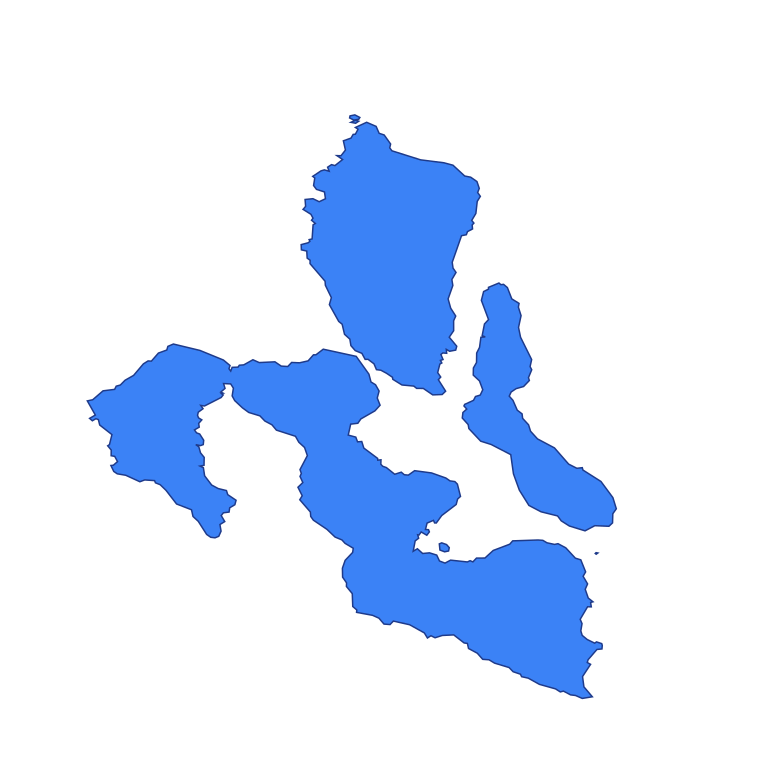 the district of Flores Timur, Nusa Tenggara Timur, Indonesia, rotated 285°
{"feature_id": "22746128B68993103553012", "entity_name": "Flores Timur", "entity_type": "district", "adm_level": 2, "iso_a3": "IDN", "parent_name": "Indonesia", "parent_adm1": "Nusa Tenggara Timur", "projection": "equal_earth", "projection_center": [122.946, -8.35], "detail": "fine", "context": "isolated", "style": "filled", "palette": "blue", "viewbox_px": 768, "rotation_deg": 285, "n_neighbors": 0, "source": "geoboundaries", "source_scale": "gbopen_adm2", "svg_char_len": 6177}
<svg xmlns="http://www.w3.org/2000/svg" viewBox="0 0 768 768"><g transform="rotate(285 384 384)"><path d="M135.8,666.2L143.2,655.5L152.8,651.5L166.7,656.1L167.6,652.4L170.5,652.5L182.7,658.4L184.5,663.1L188.0,662.5L189.6,661.5L189.9,656.0L188.2,654.6L189.8,646.4L192.5,640.5L196.5,638.0L203.8,637.3L207.5,634.4L221.5,638.3L222.4,641.9L226.5,640.1L227.7,642.2L230.1,636.7L237.8,631.5L243.6,632.4L249.8,626.1L254.7,627.4L265.1,619.6L265.3,613.9L272.8,602.0L274.8,593.4L273.2,590.3L272.8,582.5L274.1,577.9L273.2,573.2L265.8,548.9L261.8,546.9L251.5,532.6L242.0,526.5L239.8,518.4L235.2,515.9L235.6,512.9L233.7,510.6L231.1,493.9L226.8,489.3L227.4,483.4L232.4,479.2L232.7,471.7L230.3,465.2L233.5,458.9L230.0,455.5L240.5,454.7L244.0,457.4L247.1,455.5L247.2,456.9L250.7,458.2L249.0,464.5L252.9,466.1L254.8,464.7L254.2,461.7L260.8,461.6L265.1,467.1L262.9,468.8L263.3,470.5L271.9,473.8L286.3,484.9L292.0,484.9L295.2,487.0L306.3,480.8L308.1,477.7L307.5,472.8L309.2,468.1L310.4,453.0L308.2,436.0L302.3,431.1L301.6,427.1L303.3,423.5L299.6,417.7L303.9,407.9L304.2,404.0L305.7,401.7L310.0,400.7L308.8,397.7L310.5,397.1L316.9,381.1L322.7,377.4L321.3,373.4L325.4,370.5L325.4,362.7L336.6,362.2L339.3,368.9L344.3,370.7L355.7,382.2L362.5,385.7L368.7,381.1L375.9,381.1L381.1,376.0L382.6,370.9L389.6,366.9L403.5,350.0L401.9,316.3L394.6,310.7L393.9,308.3L386.7,304.7L382.6,296.9L380.9,289.2L376.0,286.5L374.7,280.1L377.2,272.9L372.4,257.9L373.5,251.1L366.2,243.6L364.7,239.4L362.5,238.6L360.8,233.0L356.8,232.6L358.6,230.3L362.0,230.5L365.6,222.7L368.8,197.5L368.1,170.2L364.4,165.5L360.6,165.4L355.5,158.1L345.9,153.4L345.2,150.1L341.2,146.4L327.5,139.9L320.6,132.9L314.8,129.6L312.6,125.9L309.1,125.2L304.7,114.4L293.4,106.7L290.9,101.8L279.3,113.2L274.6,108.5L273.0,111.8L275.9,114.7L275.7,117.3L270.8,120.0L264.7,134.3L254.4,134.5L252.8,133.1L249.6,137.6L244.1,139.0L244.4,142.6L240.1,146.7L235.5,143.6L234.6,141.3L229.6,145.6L228.2,149.6L229.0,158.2L226.4,173.5L229.4,177.7L231.3,187.4L229.4,188.8L228.8,193.9L224.9,200.9L214.4,214.7L212.7,230.6L206.6,233.8L203.3,240.1L192.8,251.6L191.1,256.3L191.7,260.6L194.1,263.8L199.7,264.7L205.8,261.9L209.9,265.8L214.8,260.8L218.0,262.2L220.2,267.5L224.5,267.0L228.8,271.2L233.4,271.2L236.7,261.7L240.3,259.4L240.1,250.9L241.8,243.7L248.9,234.5L256.4,231.2L257.1,227.5L258.9,231.2L266.6,229.3L270.0,224.6L275.4,221.4L276.7,217.9L277.0,222.7L278.7,225.1L283.0,224.4L288.0,218.9L288.3,215.6L290.6,212.8L294.5,216.7L298.0,215.2L302.2,217.3L303.3,213.6L305.5,212.0L308.7,211.9L313.3,215.6L315.9,212.5L316.3,216.3L328.8,230.2L331.8,231.5L332.6,229.5L333.5,231.0L333.9,228.4L338.6,231.6L342.9,228.9L344.4,235.9L341.0,239.6L333.2,240.4L329.3,244.1L324.3,253.5L321.5,260.7L321.1,272.4L317.4,278.5L315.6,286.3L311.6,292.0L310.6,312.0L305.7,316.8L302.1,323.7L295.0,328.5L279.6,325.0L276.2,327.3L273.0,326.8L267.8,331.1L262.0,327.6L254.9,333.9L250.4,332.6L241.3,346.0L237.1,347.5L234.2,351.0L228.8,366.6L223.5,376.3L222.5,383.7L220.0,387.6L217.4,396.8L213.2,397.3L203.6,392.1L195.3,391.5L186.7,394.0L182.2,399.3L178.7,400.1L173.3,407.6L161.0,411.4L158.7,416.2L156.3,416.6L157.6,432.8L156.5,439.7L152.1,446.1L153.2,452.1L157.4,454.4L158.1,471.0L154.0,487.4L149.9,491.7L153.0,494.5L152.1,499.0L156.2,505.4L159.7,516.3L154.6,528.4L155.0,531.7L150.4,534.1L148.1,543.8L143.6,550.6L144.8,556.8L143.0,563.0L142.5,578.2L139.5,583.2L139.0,590.9L136.9,592.7L137.2,599.4L134.1,611.8L133.9,628.6L132.2,634.0L133.8,636.8L132.0,644.7L132.7,649.6L131.6,656.9L135.8,666.2ZM544.6,267.4L541.8,260.0L535.3,262.3L531.7,260.6L529.0,269.5L525.8,272.5L523.4,271.6L521.3,276.1L519.4,274.3L505.5,277.0L504.1,274.3L502.6,275.5L500.8,274.2L497.2,267.9L492.2,269.5L492.4,275.0L485.7,277.2L484.4,280.6L481.1,281.4L468.0,300.5L464.2,301.8L453.8,310.8L446.5,310.7L432.7,324.1L430.9,328.1L421.8,333.0L418.5,339.4L412.5,342.1L408.8,347.6L407.9,354.7L402.9,359.4L403.7,362.2L400.9,369.1L395.9,373.0L396.5,377.4L395.0,383.7L392.7,390.4L390.8,391.3L387.7,401.6L389.7,413.3L388.2,416.7L389.9,423.1L386.1,433.9L388.9,442.9L393.0,445.4L402.2,435.4L405.4,437.0L408.9,432.9L417.7,432.8L419.3,434.4L421.4,432.4L422.9,434.7L427.3,431.3L429.2,432.8L429.9,436.6L433.6,435.2L432.6,438.9L435.3,444.5L439.3,444.5L446.1,434.9L453.5,437.5L463.1,434.9L468.2,435.7L474.5,428.8L482.8,423.9L497.0,425.0L502.5,422.5L510.4,424.7L513.8,420.7L519.2,418.4L547.3,420.5L549.5,424.9L552.8,425.2L556.7,429.4L560.4,428.0L562.7,429.2L564.7,426.4L572.5,428.6L584.5,426.8L590.2,428.5L593.2,424.9L597.6,425.4L603.6,421.4L606.2,414.2L605.8,408.1L613.2,394.0L613.2,384.7L610.0,361.4L611.3,331.3L613.6,328.4L617.5,328.3L624.6,319.7L624.9,314.4L630.8,309.7L632.3,299.5L624.4,290.0L623.4,293.0L617.9,291.7L617.1,289.6L613.0,288.5L608.4,281.8L600.0,286.2L593.4,283.4L592.4,279.4L590.1,285.9L582.3,280.1L582.3,276.5L578.8,273.4L575.3,276.0L575.4,271.0L573.6,268.0L566.1,261.4L565.1,263.8L557.5,264.6L554.5,268.4L554.1,276.8L547.8,279.5L543.3,274.2L544.6,267.4ZM499.1,456.3L490.0,456.4L473.3,468.3L468.0,465.5L456.1,466.3L455.7,469.6L454.2,465.5L444.1,466.8L437.9,465.5L428.7,467.8L422.6,466.2L415.7,467.9L411.7,475.4L404.0,480.9L398.2,479.8L395.6,475.6L391.4,474.7L385.2,467.2L383.5,466.9L381.2,470.4L376.9,467.6L371.4,468.4L366.6,475.8L362.9,477.5L353.8,492.2L353.3,503.2L348.6,524.7L330.7,532.3L316.5,542.2L304.2,555.4L301.2,568.8L301.5,585.8L297.7,590.6L294.8,599.8L294.2,616.2L301.7,624.3L304.8,638.1L309.0,640.7L317.9,638.6L323.6,640.7L333.5,634.5L346.0,618.8L352.4,598.4L354.5,597.2L352.5,592.1L354.4,583.1L366.4,565.2L370.7,546.5L376.3,537.8L382.0,534.2L386.7,526.8L390.9,525.1L393.2,519.5L401.6,512.8L404.7,508.1L409.2,508.9L413.7,512.8L417.7,519.5L425.0,523.5L427.5,521.9L436.0,523.0L438.6,520.6L445.8,520.3L464.5,503.8L473.5,499.3L485.5,498.7L493.0,493.9L496.8,493.6L499.3,485.4L509.1,478.2L511.2,473.7L510.2,471.2L511.3,468.9L504.4,459.9L502.7,460.4L499.1,456.3ZM243.9,478.8L238.1,481.0L237.6,486.0L239.4,489.6L242.8,489.4L245.1,486.0L245.5,480.9L243.9,478.8ZM635.2,291.7L636.4,286.2L634.2,281.8L632.1,281.9L631.1,286.5L633.2,291.1L635.2,291.7ZM631.3,291.6L631.4,288.2L628.2,284.3L628.5,289.1L631.3,291.6ZM276.1,634.3L276.0,632.5L275.0,631.9L274.5,633.0L276.1,634.3Z" fill="#3b82f6" stroke="#1e3a8a" stroke-width="1.5"/></g></svg>